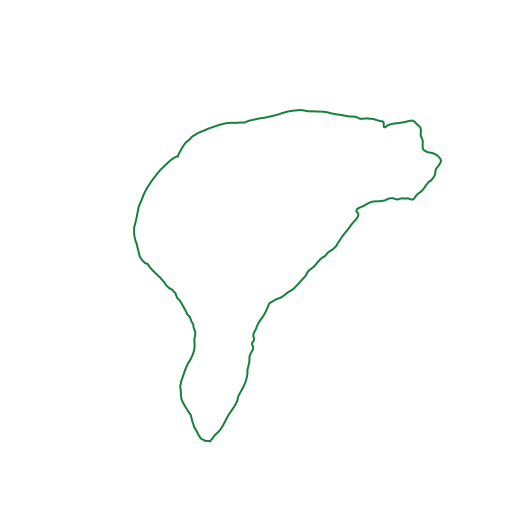 Wiang Kao, Khon Kaen, Thailand, rotated 205°
{"feature_id": "78962969B82148856985692", "entity_name": "Wiang Kao", "entity_type": "district", "adm_level": 2, "iso_a3": "THA", "parent_name": "Thailand", "parent_adm1": "Khon Kaen", "projection": "robinson", "projection_center": [102.254, 16.721], "detail": "fine", "context": "isolated", "style": "outline", "palette": "green", "viewbox_px": 512, "rotation_deg": 205, "n_neighbors": 0, "source": "geoboundaries", "source_scale": "gbopen_adm2", "svg_char_len": 6018}
<svg xmlns="http://www.w3.org/2000/svg" viewBox="0 0 512 512"><g transform="rotate(205 256 256)"><path d="M278.1,406.7L283.6,403.5L286.9,401.3L288.1,400.5L292.1,397.1L296.5,392.9L298.9,391.0L301.4,389.0L303.0,387.8L305.2,386.0L307.8,384.2L310.0,382.9L310.8,382.3L313.3,380.4L317.8,377.0L320.6,374.6L321.9,373.0L322.9,372.1L325.2,371.0L326.4,370.4L327.1,370.0L328.1,369.5L330.8,368.0L334.2,366.5L337.8,364.6L339.0,363.8L340.2,363.0L340.7,362.6L341.4,362.0L341.7,361.7L343.5,360.2L344.5,359.5L345.3,358.8L346.3,357.8L348.4,355.8L350.0,354.2L351.0,353.3L351.5,352.7L352.6,351.7L354.7,349.4L355.2,348.8L356.7,347.1L358.6,345.1L360.4,343.2L361.8,340.9L363.5,338.6L364.7,336.3L365.1,334.6L365.8,332.7L366.9,330.8L367.7,328.8L368.2,326.4L368.7,322.4L369.1,317.3L369.1,316.6L369.1,315.5L369.1,314.6L369.2,314.3L369.2,313.9L369.2,313.6L369.1,313.4L368.9,313.2L369.9,312.6L371.1,311.2L373.1,308.2L374.7,304.7L376.1,301.3L377.6,297.3L379.1,293.4L380.3,289.1L380.9,286.2L381.9,281.7L383.2,274.2L383.7,268.8L383.8,264.8L383.4,259.6L383.2,251.5L381.4,244.0L380.1,239.0L379.5,235.8L378.6,230.9L377.6,228.2L375.0,223.1L371.5,218.7L369.3,216.7L367.6,214.4L364.8,210.9L361.3,206.6L358.6,204.7L355.8,203.5L354.9,203.2L354.0,202.8L353.2,202.7L352.5,202.7L352.1,202.9L351.7,203.0L351.1,203.0L350.1,202.6L349.0,202.0L348.1,201.3L347.4,200.9L346.7,200.6L346.4,200.5L346.2,200.4L344.6,199.7L343.5,199.3L342.0,198.7L341.0,198.5L340.0,197.9L339.3,197.7L338.8,197.7L338.5,197.6L336.9,197.0L336.1,196.6L335.1,196.3L334.3,196.1L333.5,196.0L332.8,195.5L331.7,195.0L330.4,194.5L328.7,193.8L326.5,192.5L324.4,191.2L323.1,190.9L321.7,190.4L321.0,190.3L320.1,190.2L319.2,190.1L318.5,190.1L317.9,190.1L317.4,189.9L317.0,189.8L316.5,189.4L315.8,189.1L315.1,188.9L314.5,188.7L313.0,188.0L311.7,186.5L310.1,185.1L309.0,184.4L306.7,183.7L304.3,182.2L302.5,180.9L298.9,178.3L295.8,176.0L294.6,174.9L294.2,174.6L294.0,174.4L293.5,174.0L293.0,173.8L291.8,173.4L290.6,173.0L289.6,172.3L288.4,171.1L287.4,170.0L286.7,169.3L285.3,168.4L284.3,167.8L283.7,167.1L282.9,165.6L281.5,163.9L279.6,162.1L278.6,160.9L277.5,157.7L276.7,154.5L274.0,149.4L272.5,145.6L271.7,140.5L271.6,135.6L272.0,131.6L272.3,129.3L272.2,125.6L272.1,123.2L271.5,117.4L271.3,115.3L271.1,113.6L270.8,110.6L269.5,105.6L267.4,102.4L265.2,98.3L265.0,97.8L262.9,94.7L260.4,92.4L257.2,90.1L254.3,88.2L252.2,86.8L248.2,84.6L245.2,81.0L243.4,78.8L241.4,76.8L240.2,75.2L238.4,74.0L235.4,71.9L231.9,69.1L229.3,67.6L227.9,67.0L226.3,67.2L223.5,67.0L221.7,68.1L219.3,68.6L218.9,70.6L218.3,72.5L217.6,76.3L216.3,79.3L215.0,83.1L214.3,88.7L213.8,99.4L213.7,100.4L212.4,108.4L212.0,110.7L211.9,112.8L211.8,114.3L211.8,115.7L211.9,117.1L212.1,118.3L212.5,119.7L212.7,121.5L212.7,123.8L212.5,126.6L212.3,128.3L212.3,129.6L212.1,131.6L212.2,135.3L212.4,138.5L212.9,141.2L213.0,141.6L213.5,143.9L214.1,146.0L215.2,148.0L215.9,150.3L216.5,153.8L217.3,156.8L217.5,157.8L218.2,159.6L219.0,160.8L219.5,163.0L219.6,164.1L219.6,165.8L219.5,167.6L219.3,169.4L219.4,170.6L219.7,171.5L220.4,172.6L221.2,173.3L222.1,174.0L222.4,174.6L222.7,175.3L222.7,176.2L222.3,177.2L222.3,178.5L222.9,180.4L223.8,181.3L224.7,182.6L225.3,184.0L225.4,185.3L225.4,187.1L225.2,190.1L225.4,192.0L225.5,194.9L225.4,196.9L224.5,202.3L224.2,203.9L223.8,206.6L223.7,209.1L223.7,212.1L223.8,214.9L223.8,215.9L223.9,216.8L224.0,217.9L223.7,219.3L222.9,220.3L222.2,221.3L220.6,223.5L220.3,224.1L219.8,224.9L219.3,225.3L218.8,225.8L217.7,227.0L216.7,227.9L216.0,228.7L215.2,229.9L214.1,231.9L211.6,236.8L210.1,238.9L208.8,241.0L207.9,242.4L207.6,243.4L207.2,244.8L205.6,249.4L204.8,252.2L204.0,255.0L203.3,256.8L202.7,258.9L202.6,259.5L202.5,260.9L202.5,262.2L202.4,263.9L201.8,265.3L200.3,268.4L199.3,270.1L198.6,272.1L198.1,273.9L197.8,275.6L197.3,277.2L196.8,278.4L196.4,280.2L195.8,281.4L194.4,283.8L193.4,285.4L192.8,287.4L192.4,289.3L191.2,291.5L189.7,293.8L188.9,295.0L188.5,296.3L188.0,297.2L187.6,298.8L187.4,301.3L186.9,304.2L186.6,306.5L186.4,307.9L186.2,309.6L185.7,311.6L185.4,313.3L185.1,314.4L184.8,315.6L184.4,316.9L184.1,318.6L183.8,319.8L183.4,321.6L183.2,322.5L182.9,324.4L182.4,326.2L181.9,328.4L180.9,330.9L180.4,334.0L180.4,335.2L180.5,336.1L180.8,336.9L181.3,337.5L182.0,338.0L182.7,338.3L183.4,338.5L183.9,339.1L184.2,339.7L184.2,340.1L184.3,340.8L184.2,341.4L183.9,341.9L183.5,342.6L182.8,343.3L181.5,344.8L180.7,345.7L179.6,346.9L178.5,348.5L177.3,350.2L176.0,351.9L174.7,353.4L173.5,354.4L171.4,355.8L168.9,356.9L166.4,358.3L165.7,358.8L164.1,359.8L162.3,361.2L160.8,363.4L158.6,365.1L156.5,366.2L153.9,366.5L152.1,366.8L150.4,368.0L149.5,369.0L148.3,369.8L146.6,370.5L145.2,371.0L143.9,371.8L142.3,372.6L140.5,372.6L138.8,373.0L137.9,373.4L137.2,374.4L136.6,376.4L136.4,378.2L135.6,380.7L134.4,382.8L133.3,385.0L132.8,386.7L132.2,389.0L131.9,391.9L131.2,394.0L131.0,395.5L130.6,396.8L129.5,397.9L128.9,399.9L128.4,402.2L128.3,402.8L128.2,403.8L128.2,404.9L128.3,406.0L128.7,407.1L129.0,408.1L129.4,409.2L129.6,410.3L129.5,411.8L128.9,413.9L128.5,416.2L128.3,418.7L128.7,420.7L130.0,422.0L131.8,422.8L134.0,423.6L135.9,424.0L139.6,423.9L142.9,423.0L144.8,422.6L147.5,422.7L149.5,423.3L150.8,424.7L152.6,428.7L153.4,430.5L154.5,432.0L155.9,433.2L157.5,434.5L158.5,436.7L159.8,440.1L161.6,442.1L163.3,442.7L165.1,443.1L166.6,443.7L168.5,444.6L170.5,445.0L171.2,444.8L171.9,444.7L173.0,444.0L175.3,442.3L177.5,440.5L178.6,439.7L180.4,438.4L181.8,437.5L184.3,435.9L187.3,434.1L189.7,432.2L191.4,430.7L192.3,429.3L192.7,428.3L193.1,427.6L193.7,427.0L194.0,426.9L194.5,426.9L194.8,427.2L195.4,428.3L196.0,429.5L196.8,431.0L197.5,431.5L198.5,431.4L200.3,430.8L201.3,430.6L203.3,430.3L205.5,430.0L207.7,429.7L210.1,428.8L213.5,427.6L215.7,426.5L217.5,425.4L218.9,424.6L220.0,424.4L221.1,424.2L222.3,424.3L223.5,424.4L224.1,424.4L224.8,424.2L225.9,423.8L228.3,422.8L230.5,421.9L232.8,421.2L235.1,420.6L237.1,420.2L239.6,419.5L242.7,418.4L245.1,417.8L248.0,417.1L252.1,416.4L256.3,415.1L259.1,413.9L262.1,412.6L266.2,410.9L268.8,409.6L271.8,408.7L274.7,408.0L278.1,406.7Z" fill="none" stroke="#15803d" stroke-width="2"/></g></svg>